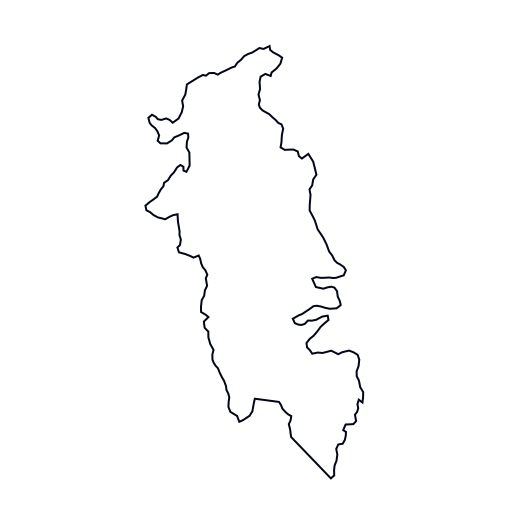 Tietê, São Paulo, Brazil (Robinson projection), rotated 188°
{"feature_id": "56859067B13135315679807", "entity_name": "Tietê", "entity_type": "district", "adm_level": 2, "iso_a3": "BRA", "parent_name": "Brazil", "parent_adm1": "São Paulo", "projection": "robinson", "projection_center": [-47.707, -23.049], "detail": "fine", "context": "isolated", "style": "outline", "palette": "ink", "viewbox_px": 512, "rotation_deg": 188, "n_neighbors": 0, "source": "geoboundaries", "source_scale": "gbopen_adm2", "svg_char_len": 3575}
<svg xmlns="http://www.w3.org/2000/svg" viewBox="0 0 512 512"><g transform="rotate(188 256 256)"><path d="M333.8,427.9L338.4,424.6L343.4,420.4L348.3,416.3L348.3,410.6L348.5,405.9L350.8,399.7L349.0,394.1L349.5,388.2L351.8,381.4L357.0,376.4L360.6,378.8L364.2,379.7L368.6,377.6L372.2,377.8L374.7,379.9L378.7,381.4L381.8,377.8L379.8,373.0L377.5,370.8L373.8,368.7L370.8,365.5L368.7,361.9L369.4,356.4L366.3,354.3L359.8,355.1L355.5,358.7L353.4,362.1L348.7,364.9L344.1,368.0L340.3,367.7L339.5,364.0L340.3,359.6L339.9,353.8L336.4,349.2L334.3,336.3L336.6,329.7L339.7,330.5L340.3,334.3L343.6,335.6L346.4,332.8L349.0,327.2L351.6,323.7L353.7,318.9L357.2,315.7L357.4,312.1L359.5,308.7L361.2,304.4L362.2,301.0L365.8,297.4L368.9,294.5L372.5,290.5L370.9,286.0L367.0,284.7L363.2,282.3L358.3,280.5L354.6,280.2L351.1,279.7L347.1,282.8L343.8,284.9L339.5,286.4L338.0,278.9L336.2,273.3L335.1,269.7L334.7,266.1L332.7,261.8L332.8,256.3L335.0,253.5L332.8,248.9L326.3,248.1L320.9,246.8L317.7,245.7L312.8,248.5L310.9,245.5L309.3,241.1L307.2,237.6L304.1,234.7L301.6,230.7L302.6,226.9L300.3,219.7L301.8,214.8L301.8,209.3L303.6,204.8L303.4,198.0L302.6,192.9L297.4,190.7L294.6,188.9L298.5,183.8L296.9,177.8L292.7,174.5L291.8,168.7L289.0,162.4L285.0,157.1L285.5,152.2L284.7,147.4L283.0,144.3L280.6,141.6L278.0,139.5L275.9,135.7L272.8,131.1L270.3,128.0L267.5,122.8L266.7,119.4L264.3,115.9L262.8,112.4L262.8,108.1L262.3,102.7L259.7,98.1L252.5,95.0L249.5,89.5L246.1,91.6L240.2,96.8L238.0,101.6L237.8,106.6L237.6,110.8L237.3,114.5L212.9,114.7L210.5,111.9L208.6,108.5L204.7,105.3L202.0,103.6L198.8,102.4L198.9,97.9L200.1,94.1L198.0,88.7L197.1,85.3L196.0,81.6L150.9,46.2L148.0,49.6L148.9,54.9L149.0,59.6L147.8,64.5L147.8,70.6L149.7,76.1L148.3,80.8L144.0,82.2L142.4,86.3L142.1,90.7L142.4,94.3L145.4,95.7L143.8,101.6L139.5,102.4L136.2,103.1L133.9,106.4L135.9,112.6L134.2,115.7L133.6,119.5L134.9,123.3L134.2,128.0L130.2,125.7L130.3,131.0L130.9,136.1L134.6,140.7L136.7,146.9L139.5,150.9L140.3,155.8L139.1,161.3L139.3,167.7L141.6,172.3L145.7,174.1L150.6,175.3L157.1,172.8L160.9,170.2L168.3,172.7L176.7,169.2L181.3,169.0L186.7,167.1L189.5,170.2L192.7,172.6L193.9,176.8L191.3,181.4L187.9,185.0L184.7,190.0L182.1,194.9L178.7,199.0L175.3,202.7L176.7,206.9L182.0,205.2L187.7,201.1L191.9,199.7L195.6,199.3L198.3,195.5L201.6,194.0L204.8,194.0L208.2,194.9L210.8,199.0L205.5,203.1L202.2,205.0L195.3,211.2L192.1,214.3L188.8,215.2L184.6,215.0L180.2,214.3L175.7,214.0L168.9,215.4L165.3,219.2L166.6,222.8L169.4,227.2L170.9,232.5L173.9,235.6L176.9,236.1L180.3,235.1L184.8,233.0L192.4,233.6L197.2,241.3L193.4,243.5L188.5,243.4L184.9,244.0L180.7,244.9L176.9,244.9L173.8,245.5L166.4,249.1L165.0,254.4L167.6,257.4L171.9,259.5L174.7,260.5L177.6,262.6L180.6,267.1L184.1,270.5L187.9,277.5L191.9,283.4L194.5,286.4L198.6,290.9L202.6,299.2L204.8,302.5L209.2,308.5L209.9,314.0L210.5,324.1L212.3,329.4L210.2,333.7L210.0,339.8L207.5,344.9L210.1,351.5L212.5,357.4L218.4,364.4L224.1,358.9L227.4,360.9L229.2,365.3L233.6,366.6L237.6,366.0L242.3,365.1L246.8,367.0L246.6,371.7L247.2,379.5L246.8,385.9L249.1,389.9L252.5,390.9L255.6,393.5L258.3,395.2L262.8,398.4L266.3,399.7L269.8,401.1L272.8,403.4L274.3,406.6L273.8,410.9L276.0,416.2L275.2,421.9L276.7,428.7L276.4,434.2L272.1,437.6L266.5,436.3L266.1,439.9L261.7,444.6L258.6,449.9L257.7,456.0L261.4,457.9L267.5,460.1L270.7,462.1L271.8,465.8L277.3,462.1L281.6,462.4L284.5,459.9L288.0,457.0L292.3,454.7L295.6,452.2L298.3,448.0L301.3,444.9L303.3,440.7L306.3,439.3L311.7,435.6L316.5,432.5L319.1,430.3L323.0,431.4L327.8,430.6L330.7,427.6L333.8,427.9Z" fill="none" stroke="#020617" stroke-width="2"/></g></svg>